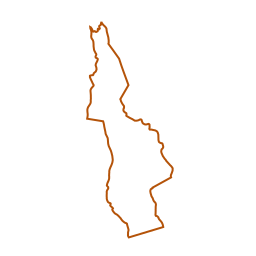 Banse, Laborie, Saint Lucia, rotated 353°
{"feature_id": "8701671B18948997599977", "entity_name": "Banse", "entity_type": "district", "adm_level": 2, "iso_a3": "LCA", "parent_name": "Saint Lucia", "parent_adm1": "Laborie", "projection": "natural_earth1", "projection_center": [-60.992, 13.795], "detail": "fine", "context": "isolated", "style": "outline", "palette": "amber", "viewbox_px": 256, "rotation_deg": 353, "n_neighbors": 0, "source": "geoboundaries", "source_scale": "gbopen_adm2", "svg_char_len": 5689}
<svg xmlns="http://www.w3.org/2000/svg" viewBox="0 0 256 256"><g transform="rotate(353 128 128)"><path d="M88.6,113.8L104.1,118.3L104.3,119.4L104.5,121.1L104.6,122.3L104.6,123.7L104.7,124.8L104.8,126.0L105.0,128.1L105.1,129.7L105.1,131.0L105.5,132.3L106.0,133.7L106.6,135.5L106.6,136.7L106.6,137.1L106.5,138.9L106.4,141.3L106.7,143.6L107.8,147.0L108.3,148.7L108.5,149.9L108.7,151.1L108.8,152.3L109.0,153.6L109.0,157.4L108.9,158.2L108.4,159.9L108.1,160.7L107.2,162.5L107.0,162.8L106.7,163.4L106.0,164.5L105.0,166.3L104.6,167.2L104.3,168.0L104.1,168.9L104.0,170.0L103.8,170.8L103.4,173.2L103.4,174.1L103.2,175.3L103.1,176.0L102.7,177.0L101.6,179.1L101.4,179.2L101.2,179.6L100.6,180.8L100.2,181.9L100.0,182.6L100.6,183.6L101.1,184.2L101.1,185.2L100.9,185.8L100.3,186.5L99.6,187.4L99.3,188.1L99.1,188.6L99.0,190.1L98.8,191.1L98.7,191.9L98.5,193.1L98.5,194.0L98.3,195.5L98.4,196.7L98.8,198.1L99.0,198.8L99.5,199.4L100.1,199.9L100.9,200.3L101.3,200.5L101.5,200.7L101.6,201.0L101.5,201.4L101.2,202.0L101.0,202.3L100.9,202.6L101.3,203.5L101.9,204.1L102.8,205.1L103.2,205.7L103.3,206.0L102.9,206.4L102.5,206.8L102.5,207.4L102.8,208.3L103.5,209.6L104.1,210.5L104.5,211.1L105.1,211.6L106.7,212.8L107.3,213.5L108.3,214.7L108.6,215.2L109.3,216.2L109.6,216.5L110.1,217.6L111.1,219.3L111.9,220.2L112.5,220.8L113.0,221.3L113.7,221.8L114.4,222.2L114.8,222.3L115.3,222.9L115.3,223.4L115.5,225.0L116.0,228.0L116.1,229.3L116.0,229.7L115.3,231.7L115.1,233.4L114.9,234.3L114.9,234.8L115.0,235.5L115.1,235.8L115.4,236.5L115.5,236.7L150.9,230.6L150.9,230.0L150.7,228.1L150.5,227.3L150.3,226.7L150.1,226.0L149.4,224.8L149.0,224.2L148.9,224.0L148.0,222.7L147.8,222.4L147.5,221.7L147.4,221.5L147.3,220.7L147.2,220.3L146.7,219.7L146.4,219.3L145.4,218.6L145.1,218.5L144.9,218.5L144.8,218.1L144.7,217.8L144.7,217.4L144.8,217.0L144.9,216.4L145.0,216.0L145.2,214.5L145.4,213.3L145.5,212.1L145.7,211.1L145.8,210.1L146.0,209.0L146.3,207.9L146.4,207.3L146.3,206.3L146.2,205.9L145.8,205.1L145.1,204.3L144.8,203.8L144.4,202.8L144.1,201.4L143.9,200.5L143.3,199.3L143.0,198.6L142.7,196.6L142.5,195.6L142.4,193.7L142.6,192.6L142.9,192.1L143.1,191.6L143.7,191.3L144.5,191.0L144.7,190.9L145.3,190.5L145.4,190.3L145.3,190.1L164.7,182.3L164.6,182.0L164.7,180.7L164.8,180.1L165.0,179.7L165.3,179.2L165.5,178.8L165.7,178.5L165.9,178.1L166.3,177.3L166.6,176.7L166.8,176.3L166.9,176.1L167.1,175.6L167.1,175.3L167.4,173.8L167.3,173.1L167.1,172.8L167.1,172.6L166.9,172.3L166.8,172.1L166.5,171.7L166.2,171.1L165.1,169.8L164.9,169.5L164.6,169.0L164.3,168.6L164.0,168.2L162.2,165.6L162.0,165.3L161.9,165.2L161.5,164.1L160.7,163.1L160.4,162.5L160.1,161.9L159.3,160.3L159.2,160.2L158.8,158.8L158.6,158.1L158.3,157.1L158.2,156.6L158.1,155.9L158.1,155.4L158.4,154.2L158.7,153.4L158.9,153.2L159.2,153.0L159.9,152.5L160.0,152.3L160.4,151.7L160.5,151.5L160.6,151.4L160.7,150.4L160.6,149.9L160.6,149.5L160.4,148.5L160.3,148.1L160.3,147.8L160.0,147.4L159.9,147.3L159.7,147.2L158.9,147.0L158.6,146.9L158.2,146.6L157.7,146.3L157.4,146.0L157.0,145.5L156.8,144.1L156.8,143.6L156.8,143.3L156.9,142.5L157.1,140.2L157.2,139.4L157.2,139.1L157.3,138.1L157.1,137.2L157.0,136.7L157.0,136.2L156.5,135.2L156.4,135.0L156.2,134.8L156.0,134.6L154.9,133.8L154.7,133.7L153.6,133.3L152.3,132.9L151.4,132.5L150.6,132.4L150.2,132.3L149.6,132.2L149.4,132.2L149.2,131.9L149.1,131.2L149.6,129.7L149.6,129.2L149.6,128.7L149.6,128.4L149.8,127.6L149.5,126.8L148.7,126.4L148.3,126.5L148.1,126.5L147.5,126.6L146.8,126.7L146.3,126.7L146.1,126.7L145.7,126.6L145.0,126.4L144.8,126.3L144.3,125.9L143.9,125.6L143.7,125.5L143.1,124.7L142.9,123.9L142.7,123.2L142.5,122.0L142.4,121.8L142.4,121.5L142.2,121.3L141.8,121.0L140.9,121.0L140.7,121.1L139.3,121.6L138.5,121.7L137.5,121.8L137.4,121.8L135.8,121.6L135.4,121.4L135.2,121.2L133.6,119.9L133.4,119.7L133.0,119.5L131.1,118.2L130.7,118.0L130.2,117.5L129.5,117.0L128.7,116.4L127.9,115.8L127.8,115.5L128.1,114.6L128.2,113.5L128.1,113.1L127.5,112.6L126.8,112.1L126.7,111.9L126.4,111.5L126.2,111.4L126.0,111.1L125.9,110.9L125.6,110.2L125.7,109.2L125.8,108.6L126.3,107.9L126.3,107.7L126.5,107.5L126.7,106.4L126.6,105.5L126.1,104.7L125.2,103.0L124.7,101.6L124.5,101.1L124.3,100.5L124.2,99.9L124.2,99.3L124.0,98.7L123.9,98.4L133.7,85.5L130.4,71.4L129.1,65.6L127.6,58.1L122.3,48.3L121.4,46.7L118.8,42.0L119.2,41.2L119.3,40.2L119.5,38.8L119.5,35.9L119.5,35.7L119.4,34.8L119.3,34.2L118.8,30.5L118.7,29.6L118.7,28.6L118.7,27.8L118.7,27.0L118.7,26.6L118.1,25.3L117.4,24.3L116.2,22.9L115.5,21.8L114.9,20.7L114.6,19.8L114.6,19.3L114.4,19.9L113.9,20.8L113.9,21.3L114.1,21.8L113.8,22.1L113.1,22.6L112.7,22.7L111.9,23.2L111.7,24.0L112.0,25.1L112.1,25.9L111.3,26.5L110.7,26.0L110.2,25.9L110.0,26.3L110.0,27.3L109.6,28.3L108.1,28.8L107.3,28.5L106.8,27.8L106.3,27.8L105.6,28.0L105.3,28.1L104.9,27.7L104.5,26.2L104.3,25.4L103.4,23.6L103.2,23.5L102.8,23.2L102.8,24.0L102.8,24.9L103.2,25.9L103.3,27.4L103.4,28.5L103.2,29.5L103.0,30.9L102.7,32.1L102.6,33.2L102.8,34.6L103.7,36.3L104.1,37.7L104.1,39.3L104.0,40.9L103.8,42.7L103.8,44.5L103.8,46.2L104.2,47.7L104.7,48.9L105.0,49.9L105.4,50.5L105.5,51.2L105.3,51.8L104.7,52.7L104.5,53.0L104.5,54.1L105.0,54.6L105.8,55.0L106.1,55.3L106.4,55.8L106.4,56.1L106.1,56.9L105.4,58.2L104.6,59.3L103.8,60.7L103.5,61.9L103.6,62.2L103.9,63.8L104.0,64.5L103.9,66.1L103.3,67.3L102.9,68.0L101.7,68.8L100.7,69.5L100.1,70.8L100.0,71.0L99.6,71.3L99.1,71.2L97.6,71.3L97.3,71.3L96.6,71.5L96.4,72.9L96.9,74.8L98.0,78.1L98.4,79.4L99.1,81.1L99.0,81.8L98.3,82.5L96.7,83.9L95.7,85.2L95.3,86.4L95.2,88.9L95.1,90.9L94.9,92.6L94.7,94.6L94.4,95.7L94.3,97.0L94.1,98.0L94.0,98.4L93.6,99.2L92.5,100.6L90.8,102.6L90.0,104.4L89.8,105.6L89.7,107.1L89.7,108.8L89.6,110.2L89.3,111.5L88.6,113.8Z" fill="none" stroke="#b45309" stroke-width="2"/></g></svg>